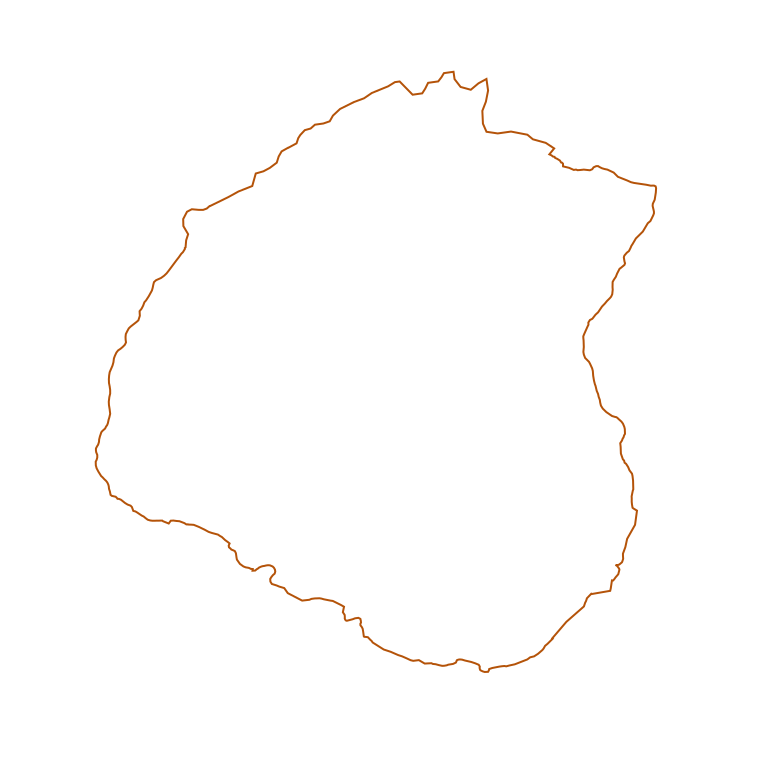 the district of Konawe Kepulauan, Sulawesi Tenggara, Indonesia, rotated 82°
{"feature_id": "22746128B22870517920414", "entity_name": "Konawe Kepulauan", "entity_type": "district", "adm_level": 2, "iso_a3": "IDN", "parent_name": "Indonesia", "parent_adm1": "Sulawesi Tenggara", "projection": "robinson", "projection_center": [123.119, -4.119], "detail": "fine", "context": "isolated", "style": "outline", "palette": "amber", "viewbox_px": 768, "rotation_deg": 82, "n_neighbors": 0, "source": "geoboundaries", "source_scale": "gbopen_adm2", "svg_char_len": 6113}
<svg xmlns="http://www.w3.org/2000/svg" viewBox="0 0 768 768"><g transform="rotate(82 384 384)"><path d="M242.9,92.7L239.2,90.3L232.3,88.2L228.0,87.3L226.1,87.5L225.1,89.0L224.7,92.3L223.2,96.5L219.7,108.4L218.5,111.4L216.4,114.7L211.4,123.5L206.6,127.1L202.8,132.9L201.8,135.7L200.7,138.1L199.2,140.3L198.0,141.7L197.8,143.6L198.6,146.3L200.3,147.9L201.0,150.4L199.5,156.3L199.4,159.8L199.2,162.6L198.4,164.0L198.4,166.3L195.7,170.6L193.4,176.4L190.7,176.1L189.6,176.9L189.3,177.8L187.2,178.7L185.1,181.2L183.9,183.1L182.8,183.5L182.3,185.0L180.9,186.3L179.6,188.3L174.4,182.7L167.7,190.3L162.4,202.5L157.1,207.3L151.7,223.1L151.7,236.5L148.5,247.4L140.0,249.8L127.2,248.6L118.6,243.8L107.9,240.1L96.2,240.1L99.4,248.6L104.7,257.1L100.5,266.8L91.9,271.7L84.5,271.7L84.5,281.4L88.2,284.4L91.9,288.2L91.9,298.4L97.3,302.1L101.5,305.7L101.5,315.4L86.6,326.4L86.6,331.2L89.8,338.5L94.1,355.5L98.3,364.0L100.6,374.5L105.5,389.2L111.1,397.2L116.3,401.2L117.6,407.8L117.6,416.3L120.8,421.1L121.6,427.1L125.8,432.3L128.6,434.7L133.5,437.1L136.8,446.0L136.7,446.1L139.4,453.0L144.0,456.6L149.9,459.4L154.1,467.0L156.6,473.8L157.7,481.7L169.6,486.9L173.1,501.3L177.3,512.3L183.6,531.6L183.5,531.9L185.6,535.1L186.4,538.9L185.8,543.1L184.2,550.0L186.0,555.1L192.7,559.9L199.7,560.7L208.4,557.1L214.1,559.9L221.1,561.5L221.6,562.3L222.6,562.4L225.5,564.8L226.8,566.6L229.9,569.5L232.8,572.5L241.8,581.4L244.2,583.9L246.2,586.7L248.0,590.1L249.5,595.3L251.1,597.6L253.5,598.6L256.6,599.7L259.1,600.8L264.3,604.7L268.1,608.0L269.7,609.9L272.9,611.6L275.7,613.6L277.9,615.9L282.5,616.3L286.8,618.4L288.1,620.4L291.8,626.8L293.4,629.0L296.1,631.0L298.6,632.7L301.4,633.4L304.4,633.7L306.9,633.7L309.1,635.2L311.0,637.7L312.5,640.1L313.7,642.6L315.6,644.6L318.7,646.6L321.1,647.9L324.8,648.9L328.0,650.3L334.1,654.0L337.3,655.0L341.0,655.8L344.7,656.2L348.1,656.0L351.7,656.0L355.4,656.5L358.7,657.8L363.2,659.0L366.5,659.3L370.9,659.2L375.4,659.3L379.0,660.7L381.1,661.7L384.4,662.9L386.2,663.9L387.4,665.1L389.3,666.4L391.3,669.4L392.5,670.7L394.6,671.7L396.1,672.5L399.3,673.8L401.7,674.3L404.4,675.6L405.5,676.6L407.7,678.2L409.4,678.5L411.5,678.5L414.4,677.8L417.0,678.2L419.2,679.2L420.8,680.3L424.5,680.7L427.5,680.3L431.1,679.0L435.8,676.9L437.2,675.7L439.4,674.2L441.1,672.8L443.0,671.7L445.3,671.0L447.1,670.8L449.5,670.9L452.2,670.4L455.7,670.2L456.9,669.1L458.3,665.4L459.9,664.2L460.6,663.9L460.9,662.4L462.0,660.6L465.7,657.1L466.7,655.9L467.7,654.7L469.2,651.9L470.7,650.8L474.8,649.9L475.6,647.9L476.9,646.3L480.6,642.2L481.8,640.4L483.5,638.9L485.5,636.9L486.6,634.5L487.2,632.3L488.4,622.6L489.1,622.0L492.2,616.6L489.7,614.2L489.9,611.6L490.8,608.4L491.4,605.7L494.0,601.0L495.5,599.3L495.7,597.7L495.9,597.6L496.5,594.3L497.0,592.0L499.7,587.3L503.6,581.5L506.0,578.3L507.6,575.1L510.0,569.4L511.8,567.4L512.9,565.9L516.4,563.1L518.9,560.5L520.4,559.1L522.5,560.3L524.2,560.2L525.5,559.0L526.7,558.2L527.9,556.1L528.8,554.9L531.0,554.2L535.4,554.2L537.4,554.1L542.1,551.7L545.1,548.6L546.3,546.5L547.2,543.7L547.6,542.9L548.5,541.7L549.0,539.7L550.6,540.2L550.8,537.5L549.7,535.8L549.3,534.7L548.4,533.3L547.7,530.9L547.5,529.4L547.5,527.9L547.3,526.0L547.3,524.1L547.7,522.2L549.2,519.7L550.6,518.6L552.7,517.8L554.7,517.8L556.6,518.7L557.8,520.6L559.6,522.5L561.2,523.8L563.9,524.0L566.4,522.9L568.6,518.3L570.0,516.0L572.2,511.2L577.7,508.4L587.1,495.2L587.3,487.9L586.7,485.8L586.7,482.5L587.2,477.7L587.8,475.8L588.8,473.6L591.1,467.0L591.7,464.9L596.9,457.3L599.0,454.6L604.3,456.5L607.2,455.1L609.1,455.2L610.8,455.5L612.0,455.2L612.9,454.6L613.3,453.7L612.6,447.8L612.0,445.3L612.0,441.9L613.3,440.1L615.3,439.9L617.1,440.0L618.2,440.8L619.7,440.9L621.4,439.9L623.3,439.2L625.7,439.1L631.2,439.1L631.6,438.7L632.1,436.5L632.5,435.2L635.5,433.1L636.6,432.1L638.4,431.2L646.9,421.2L650.1,414.7L654.4,407.7L656.2,404.0L658.8,399.8L661.2,396.1L662.2,393.6L662.3,387.9L666.5,382.6L667.1,375.9L668.0,374.6L668.7,371.8L670.0,368.8L671.2,365.6L671.4,363.5L671.3,361.0L670.9,359.5L670.8,354.6L670.0,352.0L669.8,351.5L667.7,350.3L667.3,348.8L667.3,347.2L667.8,345.1L669.1,342.3L671.4,336.3L673.3,332.5L675.2,329.3L676.8,328.6L677.5,328.5L678.1,328.8L679.3,328.8L680.5,328.6L681.3,327.8L682.4,326.1L683.2,324.3L683.5,321.0L682.0,319.9L680.9,319.5L680.3,316.3L679.9,309.0L679.9,306.5L680.0,304.1L680.6,302.2L680.2,299.0L679.8,293.5L676.7,280.4L675.0,277.3L674.6,273.3L672.6,269.0L669.5,264.2L668.2,262.8L665.7,260.9L664.1,258.3L659.7,252.4L659.3,252.8L644.9,236.5L632.1,217.0L628.5,215.2L627.3,214.3L625.4,213.3L624.6,213.0L624.2,212.6L620.6,208.0L620.9,207.8L620.3,188.8L618.0,187.9L610.2,185.6L610.5,184.5L609.4,183.2L607.7,181.6L605.0,178.5L601.1,176.9L600.3,176.7L599.5,176.9L597.6,177.9L596.5,178.6L595.9,179.3L595.6,179.1L595.8,177.4L595.5,176.1L593.7,173.2L592.7,172.6L590.4,171.5L587.8,171.3L585.3,171.0L579.1,167.7L571.2,164.8L558.4,155.0L544.6,151.1L541.9,154.4L541.1,155.1L537.9,155.2L535.2,155.1L531.8,154.6L529.7,154.4L524.9,152.7L524.3,152.5L523.0,151.8L514.3,150.8L509.6,150.7L507.3,150.9L503.7,152.9L500.2,153.8L496.7,155.4L495.4,156.7L493.2,156.9L491.9,157.9L485.9,159.1L479.1,158.4L475.5,158.3L473.1,156.2L471.2,155.2L470.3,154.3L468.3,153.4L466.9,152.3L462.1,151.8L459.9,152.0L456.5,152.9L454.3,154.1L451.2,156.7L450.0,157.6L449.2,158.5L448.8,159.7L447.4,162.7L442.7,167.8L438.8,170.8L435.6,172.2L432.5,172.5L429.7,172.5L426.6,173.2L423.7,173.4L420.4,174.3L415.2,174.8L413.5,175.2L409.7,175.6L404.9,175.7L400.1,175.4L397.5,175.7L392.8,177.1L390.6,177.9L386.2,181.2L382.7,182.0L380.0,182.1L375.2,181.0L368.7,180.3L366.1,180.2L364.5,180.0L362.4,178.8L355.2,174.3L353.8,173.3L351.6,173.1L349.3,171.2L348.4,168.6L344.8,164.9L342.8,162.0L337.6,157.3L335.1,154.1L332.9,151.7L330.5,148.5L329.2,147.0L326.9,145.5L322.5,144.4L319.8,144.2L314.8,143.4L312.9,142.0L310.1,139.5L307.1,137.8L302.7,134.7L301.9,133.2L299.5,129.3L298.0,128.5L296.3,128.8L292.1,128.9L291.0,128.5L290.2,128.0L287.8,125.3L286.4,122.9L283.5,120.9L281.5,119.7L280.3,118.6L274.9,114.3L269.1,106.5L261.5,100.4L259.7,97.5L254.4,93.9L252.5,92.9L250.6,92.7L245.0,93.2L242.9,92.7Z" fill="none" stroke="#b45309" stroke-width="2"/></g></svg>